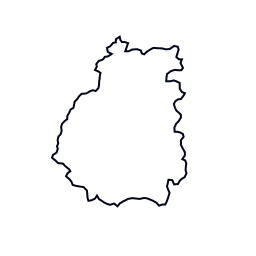 outline of Cristinápolis, Sergipe, Brazil, rotated 243°
{"feature_id": "56859067B95564871325424", "entity_name": "Cristinápolis", "entity_type": "district", "adm_level": 2, "iso_a3": "BRA", "parent_name": "Brazil", "parent_adm1": "Sergipe", "projection": "robinson", "projection_center": [-37.728, -11.484], "detail": "fine", "context": "isolated", "style": "outline", "palette": "ink", "viewbox_px": 256, "rotation_deg": 243, "n_neighbors": 0, "source": "geoboundaries", "source_scale": "gbopen_adm2", "svg_char_len": 2203}
<svg xmlns="http://www.w3.org/2000/svg" viewBox="0 0 256 256"><g transform="rotate(243 128 128)"><path d="M194.7,124.9L191.8,127.3L189.5,128.5L187.0,126.4L184.6,125.0L182.6,123.4L179.7,121.9L177.0,119.8L175.6,116.0L177.6,113.9L178.0,111.0L177.7,106.6L179.5,102.1L178.5,98.9L176.8,95.9L175.7,92.4L173.0,90.4L170.7,88.5L170.6,85.3L168.3,82.5L166.3,79.4L163.4,77.8L163.0,74.8L161.7,71.3L159.3,68.9L155.4,67.5L152.9,65.0L152.0,62.2L149.2,59.8L146.0,58.9L143.9,56.4L141.3,56.0L138.5,53.1L138.1,49.0L136.0,46.8L132.5,48.4L128.4,49.8L125.8,53.9L122.5,54.8L118.4,56.6L115.7,57.0L115.1,53.5L113.1,50.9L109.0,52.6L105.7,53.2L102.4,52.9L100.3,55.1L98.1,58.0L95.5,61.6L90.8,63.0L87.1,61.5L84.3,60.3L81.1,59.7L80.1,62.7L80.1,66.5L81.9,69.7L77.7,69.9L75.3,71.4L72.2,73.1L70.0,74.8L67.8,77.0L66.9,81.4L63.0,83.1L64.5,86.4L64.8,90.0L64.8,92.9L64.8,95.9L63.5,100.1L61.8,102.7L59.6,106.0L58.3,110.7L56.6,113.1L54.7,114.8L51.8,117.2L48.5,119.4L44.7,120.4L44.2,123.9L42.9,126.4L44.9,129.1L47.9,132.3L51.4,135.6L55.0,135.8L58.2,136.2L61.0,138.6L63.5,140.6L61.4,143.8L56.8,143.5L55.4,147.1L57.6,150.4L58.3,153.2L58.5,156.2L61.1,159.5L64.3,160.2L67.2,161.9L70.1,163.9L73.1,164.2L75.6,162.3L77.7,166.2L80.7,167.7L84.4,167.5L88.9,167.5L93.0,169.6L95.0,173.6L97.8,174.2L100.4,172.4L102.2,170.2L103.5,167.9L107.2,169.4L109.8,172.6L111.1,176.2L113.3,179.9L115.7,181.1L118.3,180.3L121.9,178.9L126.0,179.2L128.8,179.9L130.5,182.7L130.8,185.6L129.8,188.3L131.5,191.9L133.1,194.5L135.4,192.5L139.3,191.9L141.6,193.0L144.7,194.5L147.6,192.3L149.7,190.3L150.4,187.0L152.3,183.3L155.7,185.3L158.4,187.4L159.2,191.9L158.6,196.0L156.6,199.0L155.3,201.7L156.5,204.2L159.4,204.3L162.1,204.3L164.7,207.2L166.1,204.5L169.3,203.3L172.3,206.2L174.9,208.7L177.8,209.2L180.2,206.3L179.4,201.0L181.0,197.3L183.4,194.6L185.3,191.2L187.9,186.9L187.7,182.0L187.4,179.2L186.3,175.9L188.3,174.1L191.1,174.7L194.0,172.0L196.0,167.4L196.1,163.4L197.6,160.4L200.8,163.7L203.6,166.6L205.9,164.3L207.4,161.6L210.0,161.2L213.1,162.0L212.6,157.5L209.8,156.0L210.6,153.4L208.9,149.2L208.9,145.6L204.9,144.6L201.4,147.1L200.9,142.9L201.9,139.6L200.5,137.1L200.9,132.0L199.3,128.7L196.8,128.1L194.7,124.9Z" fill="none" stroke="#020617" stroke-width="2"/></g></svg>